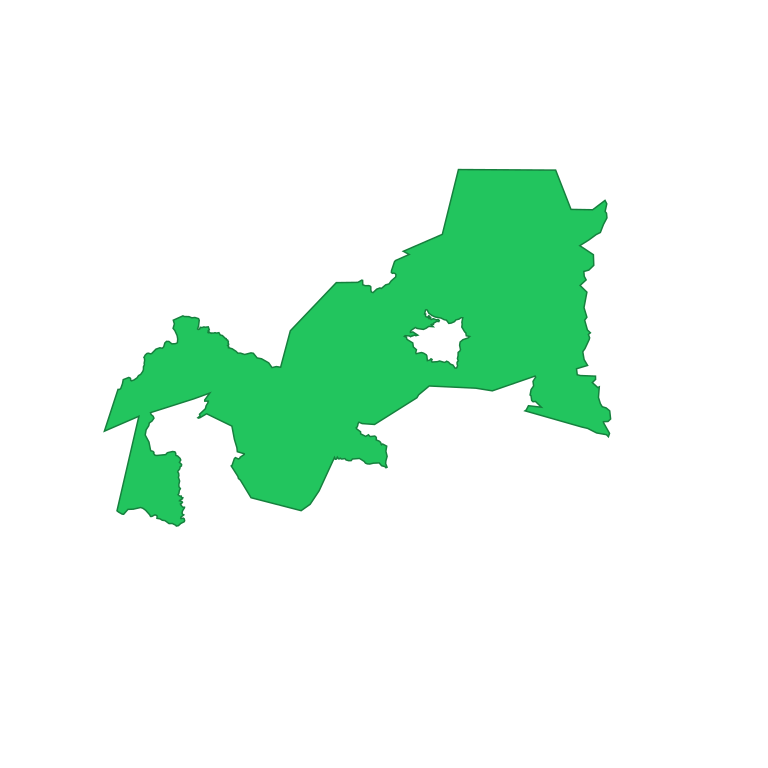 Santiago Lachiguiri, Oaxaca, Mexico (Natural Earth projection), rotated 231°
{"feature_id": "50627088B82456148735878", "entity_name": "Santiago Lachiguiri", "entity_type": "district", "adm_level": 2, "iso_a3": "MEX", "parent_name": "Mexico", "parent_adm1": "Oaxaca", "projection": "natural_earth1", "projection_center": [-95.518, 16.79], "detail": "fine", "context": "isolated", "style": "filled", "palette": "green", "viewbox_px": 768, "rotation_deg": 231, "n_neighbors": 0, "source": "geoboundaries", "source_scale": "gbopen_adm2", "svg_char_len": 6156}
<svg xmlns="http://www.w3.org/2000/svg" viewBox="0 0 768 768"><g transform="rotate(231 384 384)"><path d="M440.9,165.5L441.8,166.9L443.9,168.3L445.2,168.2L445.9,168.9L446.6,171.9L447.9,173.4L447.8,175.0L448.9,176.1L451.9,175.7L452.8,178.2L454.6,178.7L457.9,178.3L459.5,177.3L461.4,178.6L462.9,178.8L464.6,177.2L466.7,172.9L466.9,171.8L466.5,169.9L471.4,162.5L472.7,161.2L475.1,161.3L475.7,162.2L477.2,162.0L478.8,160.8L479.8,161.1L486.8,164.8L494.6,166.3L498.1,170.3L499.6,174.9L501.4,177.1L501.2,180.4L502.2,183.7L504.2,184.3L506.8,183.8L508.7,184.5L492.1,227.0L486.6,242.9L484.4,234.6L483.5,233.9L481.3,236.6L480.1,235.1L479.1,232.2L477.2,229.6L476.6,221.6L474.9,221.0L474.9,218.1L474.2,218.4L473.6,219.9L472.5,227.4L447.0,239.3L435.1,232.9L427.1,229.6L423.7,227.4L417.7,231.5L417.2,231.1L417.6,226.1L417.1,225.3L417.3,223.7L420.3,222.2L420.2,220.8L416.4,214.7L416.5,213.7L404.1,212.3L402.1,211.4L399.8,211.9L379.3,209.1L337.7,239.9L337.0,250.9L341.8,266.3L358.1,299.3L356.2,298.8L355.8,299.2L355.6,300.0L356.5,301.7L354.4,301.6L353.7,302.6L353.9,303.3L352.3,303.9L350.6,306.7L348.9,306.7L346.6,308.3L345.1,310.3L345.6,312.2L341.6,318.1L336.3,319.9L334.2,319.8L332.5,320.7L330.8,322.5L329.1,326.0L325.7,330.6L322.0,330.7L319.3,332.7L317.7,332.8L317.4,334.0L321.1,335.2L323.0,337.0L325.8,340.9L330.5,343.1L334.0,347.0L338.2,345.2L338.4,343.8L340.8,344.6L342.4,344.4L345.5,342.8L347.0,344.2L348.3,344.4L349.4,344.0L351.7,340.4L352.4,340.0L354.3,340.0L354.8,336.8L360.0,334.5L361.6,335.7L366.5,334.5L367.5,334.9L367.4,335.7L368.1,337.2L369.6,339.0L370.1,340.5L367.0,342.1L358.5,351.2L352.6,400.9L353.8,404.1L354.0,417.9L323.0,452.7L310.5,463.9L295.1,506.4L293.9,506.2L292.3,501.5L288.3,499.0L287.1,494.8L283.5,490.6L282.2,490.8L278.3,488.4L276.4,488.7L275.2,490.7L266.9,491.7L276.2,482.6L274.3,478.2L274.4,476.7L226.0,510.7L221.4,514.3L212.2,518.4L204.6,525.0L201.8,525.2L203.7,528.2L215.6,530.2L216.6,530.8L213.9,534.5L214.2,538.1L221.1,542.5L225.6,541.6L229.0,539.3L232.6,539.8L238.6,542.2L246.3,549.5L246.7,547.9L254.0,546.8L254.4,551.3L257.0,553.3L267.1,541.8L269.6,540.0L274.7,543.2L270.3,553.9L277.1,554.9L284.0,558.8L285.0,562.4L289.4,571.4L290.5,572.9L293.9,574.0L293.9,576.6L298.0,576.1L307.3,580.1L308.2,583.7L317.5,587.5L327.7,599.5L337.2,598.4L337.7,606.6L341.7,607.4L345.7,610.1L343.6,614.9L344.2,621.7L352.7,628.1L368.3,623.2L367.0,634.1L366.6,642.9L365.6,647.5L369.9,655.0L372.8,661.8L376.7,664.4L378.9,664.4L383.8,670.5L387.6,671.3L388.1,655.8L402.0,639.2L442.2,652.0L503.8,576.8L463.6,523.5L475.0,482.5L468.8,485.1L472.7,470.7L472.5,469.2L467.4,461.2L466.0,459.9L464.7,460.2L464.0,461.5L462.6,462.2L461.4,462.1L459.8,460.4L459.6,454.5L458.6,450.9L460.0,447.7L459.9,442.1L461.2,441.3L462.3,438.0L461.9,433.0L463.4,432.1L465.2,432.8L467.8,434.9L468.9,434.8L470.0,434.1L472.3,431.2L474.5,430.0L478.0,432.6L478.7,432.1L479.4,427.7L492.8,410.7L484.3,344.7L462.1,314.2L465.3,311.3L467.2,307.3L473.0,307.7L480.7,304.7L484.1,301.8L490.1,301.8L491.9,300.2L494.6,294.3L498.3,291.9L500.0,289.8L502.4,289.6L506.9,288.2L510.1,286.0L510.4,286.7L512.4,286.8L512.1,287.7L512.7,288.4L514.0,288.6L514.7,289.6L516.6,290.1L517.5,289.4L518.6,289.9L519.3,289.4L523.4,288.9L525.1,287.6L527.8,288.0L529.0,285.8L530.2,285.0L530.9,283.4L532.1,282.2L532.1,281.6L533.5,281.0L534.3,279.8L534.8,279.6L535.3,280.1L535.1,281.0L536.1,281.1L536.0,282.3L539.0,283.4L540.7,280.7L541.7,280.0L542.4,278.1L543.7,276.9L542.7,275.2L543.3,273.9L544.1,273.7L545.8,276.4L549.8,280.5L551.5,281.0L554.7,278.9L556.4,276.3L559.1,274.8L562.2,271.2L563.5,270.6L566.2,260.4L562.6,258.9L560.0,255.1L557.2,255.1L551.8,253.7L548.8,252.0L546.3,249.6L546.1,248.6L546.8,247.0L548.7,244.4L552.5,243.6L554.0,241.8L553.8,239.5L551.5,236.2L551.3,234.2L553.2,232.6L554.6,228.7L553.9,222.8L554.2,221.7L556.3,220.2L556.9,219.0L556.8,216.8L555.7,214.1L554.9,214.1L553.0,212.9L551.1,210.7L549.7,209.9L548.8,207.9L546.7,206.2L545.6,204.5L544.6,200.9L545.0,198.5L544.2,196.0L544.5,192.0L545.4,189.7L546.3,189.4L547.3,190.3L548.4,190.5L549.7,189.8L551.5,184.1L548.8,180.9L546.1,176.4L546.3,175.0L547.2,173.9L523.3,137.0L513.2,173.2L453.5,96.7L451.6,97.1L447.7,98.6L446.6,99.7L447.7,106.1L444.5,110.4L441.2,117.1L439.2,118.4L435.9,119.3L429.7,119.6L428.0,119.2L427.2,120.2L426.5,123.6L425.3,124.4L424.1,124.6L422.5,123.0L420.1,125.1L417.7,125.9L415.7,127.8L410.8,129.1L408.8,131.7L405.2,133.3L404.3,133.2L403.3,135.1L403.5,138.2L402.7,142.1L403.3,143.1L405.0,143.9L406.1,143.6L407.1,141.6L407.6,141.5L408.4,142.6L408.3,146.0L409.6,145.5L410.8,145.8L412.2,147.6L413.4,151.1L413.8,151.4L415.0,150.0L418.3,150.0L419.0,150.5L418.5,151.3L419.0,153.0L420.0,152.9L421.9,151.6L422.1,152.8L421.6,155.1L422.3,156.1L423.3,155.1L424.5,155.9L425.6,154.6L427.6,154.3L428.1,155.8L430.1,158.0L430.8,159.9L433.2,160.0L435.0,161.3L437.2,164.1L440.9,165.5ZM384.9,432.9L387.3,428.1L388.5,428.5L390.2,430.8L394.3,430.1L397.8,432.2L404.3,429.9L406.1,430.8L408.2,429.8L408.3,430.8L405.4,434.0L404.0,434.4L403.8,436.2L403.5,436.2L402.7,438.6L401.5,439.1L400.7,441.0L406.3,439.2L407.4,437.0L408.2,437.6L408.6,439.0L408.2,443.9L406.3,444.7L401.6,449.0L400.8,451.9L400.6,455.0L397.6,458.3L400.4,458.0L400.2,459.2L399.2,460.0L400.0,460.9L399.5,464.4L398.0,465.9L398.6,467.0L400.1,466.6L401.1,464.9L403.7,463.5L404.4,461.2L405.5,461.3L406.3,462.2L406.9,461.6L407.6,462.0L408.4,461.6L408.9,462.4L408.7,460.8L407.7,461.2L405.8,460.1L407.7,460.2L409.8,459.0L410.7,459.0L412.2,460.4L412.9,459.6L415.4,462.9L415.1,463.7L414.3,464.1L410.7,463.4L407.1,464.4L403.8,466.0L399.4,469.8L396.2,471.2L394.3,472.7L390.3,472.5L389.0,474.7L388.1,478.1L388.6,480.2L387.2,483.2L387.1,485.6L385.9,486.9L383.0,483.4L381.3,482.4L379.3,480.3L373.7,479.5L372.3,479.8L369.7,478.3L367.0,480.5L366.9,478.3L368.8,473.2L368.7,469.6L366.6,467.2L362.6,465.1L361.9,463.8L361.9,461.5L359.2,459.2L357.6,457.1L355.3,456.3L354.9,454.5L353.4,453.3L352.0,452.8L350.9,450.9L350.9,450.1L351.7,449.2L355.3,449.5L357.7,448.1L360.5,447.9L362.3,447.0L362.3,445.6L362.9,444.4L366.9,441.7L367.7,439.6L370.8,435.2L372.1,435.4L372.8,436.8L374.0,436.4L373.8,434.5L374.9,432.4L378.9,435.0L380.1,435.2L383.0,434.2L384.9,432.9Z" fill="#22c55e" stroke="#15803d" stroke-width="1.5"/></g></svg>